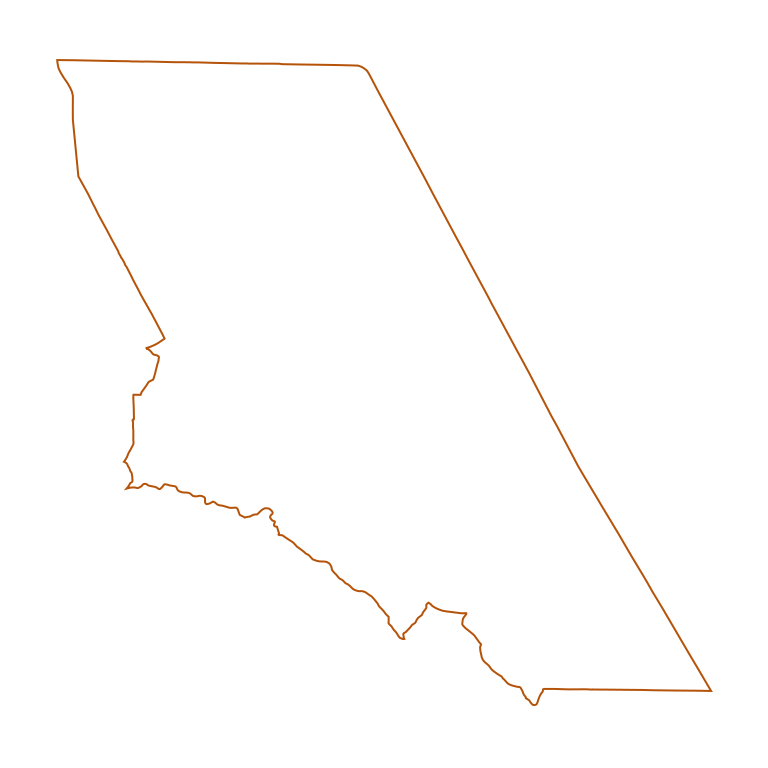 Wang Noi, Phra Nakhon Si Ayutthaya, Thailand (Natural Earth projection), rotated 271°
{"feature_id": "78962969B3503763709973", "entity_name": "Wang Noi", "entity_type": "district", "adm_level": 2, "iso_a3": "THA", "parent_name": "Thailand", "parent_adm1": "Phra Nakhon Si Ayutthaya", "projection": "natural_earth1", "projection_center": [100.685, 14.236], "detail": "fine", "context": "isolated", "style": "outline", "palette": "amber", "viewbox_px": 768, "rotation_deg": 271, "n_neighbors": 0, "source": "geoboundaries", "source_scale": "gbopen_adm2", "svg_char_len": 6074}
<svg xmlns="http://www.w3.org/2000/svg" viewBox="0 0 768 768"><g transform="rotate(271 384 384)"><path d="M82.8,716.4L89.3,712.4L105.5,702.5L119.7,693.7L163.4,667.1L180.6,656.3L190.1,650.7L198.1,645.8L215.3,635.0L238.1,621.2L263.5,605.3L298.6,583.6L305.5,579.4L345.3,557.5L354.6,552.1L397.9,528.7L423.8,514.1L458.7,494.5L464.8,491.0L473.0,486.6L507.7,467.1L519.7,460.5L533.7,452.6L575.6,429.3L589.7,421.6L676.4,373.1L693.8,363.6L696.1,362.1L697.1,361.4L699.2,358.6L700.0,357.3L700.7,356.0L701.6,353.4L701.9,352.3L702.0,344.6L702.1,329.7L702.0,292.0L702.0,276.8L702.1,275.6L702.4,273.7L702.0,242.5L702.1,241.5L702.0,237.7L702.1,216.2L702.1,209.2L702.3,193.4L702.2,188.4L702.3,183.1L702.1,169.3L702.3,141.9L702.1,135.5L702.2,132.3L702.1,126.7L702.3,121.7L702.2,118.5L702.2,109.6L702.2,102.2L702.3,68.3L702.2,51.6L700.2,51.8L696.9,52.4L694.1,53.1L693.1,53.5L690.5,54.8L684.9,58.3L678.6,62.8L674.4,65.2L671.2,66.7L669.6,67.2L667.1,67.8L665.9,67.9L650.6,68.1L642.7,68.3L586.2,74.8L568.7,84.9L557.1,90.9L555.6,91.8L548.1,95.6L532.9,104.3L524.8,108.7L512.5,115.7L512.0,116.0L510.4,116.4L509.7,116.8L507.3,118.3L505.8,119.0L504.2,120.2L500.8,122.2L498.2,123.3L496.5,124.6L486.4,130.0L484.1,131.1L474.0,136.7L469.6,139.0L464.4,142.0L449.7,150.7L429.7,161.7L425.5,163.8L421.0,157.4L419.2,154.3L416.8,149.0L415.9,145.9L415.3,146.0L414.9,146.4L414.8,147.3L414.2,148.3L413.3,149.5L412.5,150.3L411.0,151.5L409.9,152.5L409.4,153.2L408.8,156.0L408.6,156.6L407.6,158.2L407.1,158.5L406.6,158.5L404.8,158.2L403.7,158.2L399.5,157.0L389.2,154.6L384.7,153.3L384.2,152.9L382.6,149.7L381.9,148.6L378.3,146.4L371.5,141.7L368.9,140.8L368.9,133.8L368.7,133.6L365.3,133.6L355.8,134.2L344.9,134.6L344.8,134.2L344.7,134.1L343.8,134.1L343.6,133.4L343.4,133.2L341.4,133.7L339.7,133.8L336.4,133.8L333.0,134.2L330.8,134.2L329.1,134.3L323.4,134.3L322.3,134.5L320.2,134.6L319.6,134.5L317.9,133.7L314.1,131.8L310.8,129.9L306.3,128.2L302.4,125.9L301.7,125.4L301.4,126.3L300.1,128.1L299.3,128.7L297.1,129.6L296.0,130.5L294.7,131.1L292.8,131.7L290.8,133.1L289.5,133.5L287.8,133.7L286.8,134.0L284.6,134.0L283.6,134.3L282.0,134.0L281.4,133.5L280.4,132.0L280.0,131.7L277.8,130.7L276.3,129.5L274.9,128.4L275.6,130.8L276.0,132.7L276.2,135.1L276.2,136.8L275.6,139.2L275.8,140.0L276.4,141.4L277.3,142.9L277.8,143.5L279.5,144.9L279.9,145.8L280.0,146.4L280.0,147.0L279.9,147.8L279.7,148.4L278.7,149.6L278.3,150.7L277.8,153.0L277.2,156.6L277.1,157.2L276.4,158.6L275.2,160.5L275.0,161.1L275.1,161.7L275.5,162.5L277.5,164.3L279.4,165.7L279.7,166.0L279.8,166.4L279.9,167.2L279.7,168.6L278.9,171.3L278.0,177.1L277.6,177.7L277.1,178.2L274.8,179.3L274.2,179.7L273.2,181.0L272.8,182.0L272.2,184.1L272.0,186.2L272.0,189.0L271.6,191.0L270.9,192.4L268.9,194.7L268.7,195.3L268.5,196.1L268.4,196.9L268.4,198.8L269.0,201.4L269.0,202.3L268.7,204.1L268.0,205.6L267.6,206.3L266.9,206.9L265.8,207.1L262.8,207.1L261.7,207.6L261.3,207.9L260.9,208.5L260.8,209.0L260.9,209.6L261.2,210.8L261.7,212.1L263.3,214.8L263.3,215.5L263.1,216.0L262.5,217.2L260.7,219.3L260.4,219.8L260.2,220.4L259.8,222.0L259.5,224.7L257.6,231.6L257.5,233.5L257.8,237.7L257.7,238.4L256.9,239.5L256.0,240.0L251.2,241.8L250.8,242.0L250.5,242.3L248.6,246.3L248.0,247.1L248.6,248.9L249.2,252.5L250.4,254.5L251.0,256.0L251.3,257.4L251.4,259.1L251.6,259.6L252.1,260.2L253.7,261.7L256.0,264.1L256.4,264.7L257.5,266.7L257.7,267.8L257.7,268.4L257.5,270.8L257.4,271.3L257.0,271.8L256.2,272.9L254.5,274.5L254.1,274.7L253.5,274.9L252.9,274.9L252.3,274.7L251.1,273.4L250.1,272.7L249.4,272.5L248.5,272.5L247.0,273.4L245.7,274.6L245.4,275.1L244.9,276.6L244.6,277.2L244.1,277.3L243.6,277.2L241.9,276.5L240.9,276.5L240.0,277.0L239.8,277.4L239.6,277.9L239.5,279.3L239.2,279.7L237.8,280.0L233.0,281.6L232.3,281.6L231.6,281.2L231.3,281.4L231.1,281.7L231.1,284.0L231.0,284.7L230.7,285.4L227.2,290.7L224.8,294.7L223.3,296.6L219.9,299.8L218.0,302.5L215.8,305.6L214.7,307.0L213.6,308.2L213.0,309.0L212.1,310.9L211.1,312.3L207.5,315.7L206.3,318.9L205.7,321.3L205.5,323.0L205.4,328.0L205.2,329.2L204.8,330.4L203.6,332.4L203.0,333.0L200.9,334.3L199.2,334.9L197.7,335.1L197.1,335.3L194.9,337.1L192.4,339.7L189.5,342.1L188.8,342.9L187.2,345.9L184.0,349.2L183.4,350.8L182.6,352.0L181.5,353.4L179.1,355.9L178.4,356.8L177.5,358.5L176.7,360.9L176.4,363.0L176.5,364.7L176.5,365.6L176.3,366.7L175.8,368.3L175.4,369.2L172.0,374.2L171.3,375.5L170.5,376.1L169.7,377.0L164.5,381.4L161.8,382.8L157.6,387.0L155.9,388.4L153.9,389.9L151.3,392.7L147.2,392.8L145.3,392.7L144.8,392.8L144.3,393.1L142.4,395.1L141.7,395.8L139.3,397.4L137.7,398.7L136.5,399.9L134.4,401.6L133.4,402.0L130.8,404.0L130.4,404.5L129.3,407.3L129.4,407.8L129.5,408.7L130.6,408.2L133.9,407.7L134.4,407.7L134.8,407.8L135.2,408.2L136.2,409.9L136.9,410.6L140.8,414.2L143.5,416.2L145.7,419.3L146.3,419.7L148.9,420.9L150.9,422.3L153.6,425.8L154.3,426.2L155.7,426.7L157.1,427.5L159.9,429.6L160.7,430.1L161.4,430.3L163.6,430.1L164.0,430.2L165.2,431.1L166.1,432.3L164.7,434.5L163.1,436.0L162.1,437.5L161.6,438.3L160.3,440.9L159.2,443.8L158.3,446.6L157.7,450.6L156.2,464.6L156.1,466.1L156.3,469.9L156.2,470.3L155.7,470.4L154.0,469.3L152.2,467.9L150.7,467.1L149.3,466.8L146.0,466.5L145.4,466.4L144.9,466.6L144.0,467.1L141.6,469.4L136.9,475.5L134.2,478.7L130.2,481.7L127.7,483.5L125.5,485.5L125.2,485.6L124.3,485.2L122.4,484.7L121.7,484.7L118.4,485.1L116.5,485.6L112.5,486.5L111.3,487.0L109.3,488.1L107.8,489.5L107.0,490.4L105.6,492.2L103.8,494.1L101.8,495.5L100.2,496.9L99.0,498.3L96.5,501.8L93.5,506.8L91.7,508.0L90.9,509.0L87.3,512.4L86.5,513.3L86.0,514.3L85.4,515.6L84.7,517.7L83.8,521.5L83.5,523.0L83.4,524.7L83.3,525.0L82.9,525.6L82.2,526.2L79.2,527.9L78.4,528.2L77.5,528.4L75.3,529.6L74.0,530.8L73.4,531.2L72.8,531.4L72.3,531.3L72.0,532.0L70.3,534.6L69.6,535.2L68.2,536.0L66.3,537.8L65.7,538.7L65.6,540.0L65.8,540.9L66.2,541.8L66.9,542.4L68.1,542.9L72.2,544.2L75.0,545.3L76.9,546.3L79.2,548.0L81.5,548.4L81.7,548.8L81.9,549.5L82.0,553.2L82.1,558.6L81.9,574.4L82.3,590.9L82.1,597.0L82.1,597.7L82.3,598.1L82.2,598.8L82.2,602.1L82.3,610.0L82.6,648.0L82.5,658.6L82.6,678.6L82.8,702.4L82.8,716.4Z" fill="none" stroke="#b45309" stroke-width="2"/></g></svg>